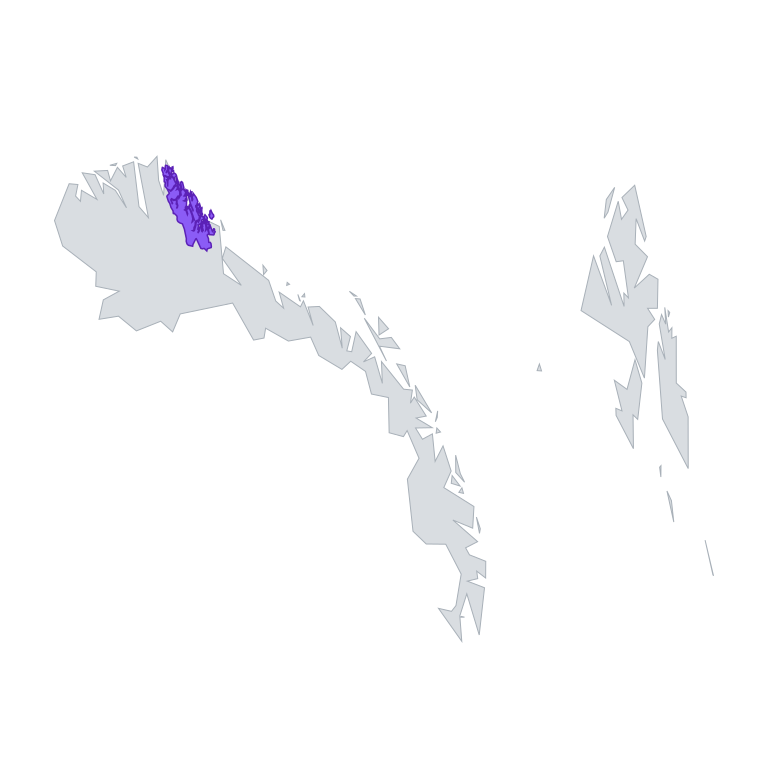 Møre og Romsdal on a map of Norway (Robinson projection), rotated 80°
{"feature_id": "NOR-910", "entity_name": "Møre og Romsdal", "entity_type": "County", "adm_level": 1, "iso_a3": "NOR", "parent_name": "Norway", "parent_adm1": "", "projection": "robinson", "projection_center": [7.305, 62.718], "detail": "fine", "context": "in_parent", "style": "filled", "palette": "violet", "viewbox_px": 768, "rotation_deg": 80, "n_neighbors": 0, "source": "natural_earth", "source_scale": "10m", "svg_char_len": 9852}
<svg xmlns="http://www.w3.org/2000/svg" viewBox="0 0 768 768"><g transform="rotate(80 384 384)"><path d="M463.2,362.4L433.9,369.3L439.2,374.0L432.9,387.4L398.1,382.0L391.7,398.1L368.4,400.0L355.8,412.8L362.3,422.9L344.6,443.3L325.1,448.1L325.1,470.7L308.5,490.9L317.9,494.2L318.1,504.8L278.0,519.0L279.6,572.5L296.0,583.1L283.4,593.0L288.7,618.6L271.1,633.7L270.8,653.4L252.4,645.8L246.6,628.6L237.7,650.9L223.6,647.9L192.3,676.5L165.8,680.1L132.1,659.3L134.4,650.8L145.4,655.1L151.4,651.2L140.7,648.3L152.4,634.6L123.6,644.5L127.7,632.2L148.2,627.0L137.3,625.7L146.6,615.0L165.8,607.0L146.9,611.8L124.1,632.3L125.7,619.1L136.5,618.1L124.3,608.9L135.8,602.0L123.9,603.5L121.7,592.0L166.8,594.5L179.3,587.1L124.0,587.8L129.2,579.3L120.4,568.0L144.3,570.6L160.0,568.3L125.2,560.0L189.9,543.7L160.2,544.0L178.5,533.2L201.4,540.4L191.2,531.4L200.2,518.9L247.5,522.9L262.1,507.4L232.2,521.4L221.5,515.9L261.9,479.6L283.5,476.2L291.9,469.7L275.3,471.3L293.5,452.9L288.1,448.9L314.1,443.6L295.0,445.4L296.4,434.2L314.4,421.2L341.5,418.9L321.1,417.0L331.4,408.8L344.9,414.9L346.6,410.2L327.6,402.4L351.7,390.9L358.7,400.4L355.6,388.5L383.1,385.5L361.5,382.6L392.5,365.6L394.9,357.1L407.5,361.3L402.1,356.5L422.9,348.0L423.1,358.3L435.4,344.1L432.8,360.6L445.1,355.7L441.5,345.0L469.1,347.1L455.2,336.6L481.4,333.0L496.4,343.1L520.3,316.7L541.4,321.7L529.9,339.8L555.5,319.2L559.5,332.1L567.1,329.5L576.3,314.6L592.7,317.6L584.4,325.2L591.9,325.5L592.6,336.2L602.1,320.4L647.7,333.8L605.0,338.9L625.5,349.6L650.9,352.1L614.4,369.3L619.6,357.0L614.7,351.6L584.6,341.0L552.5,351.0L548.9,370.2L534.1,381.0L481.8,377.5L463.2,362.4ZM328.4,96.0L356.9,101.6L355.2,111.3L367.4,106.2L373.4,114.2L423.4,126.5L384.8,135.0L345.9,177.2L294.2,155.4L346.1,146.2L295.4,149.2L287.5,143.2L349.3,134.1L336.1,132.0L341.6,128.3L304.2,126.9L303.9,134.1L277.6,138.3L244.7,121.6L263.1,121.5L255.1,113.5L241.7,117.3L231.8,102.6L284.3,100.2L288.5,102.5L264.9,107.0L289.9,112.4L304.4,102.4L333.0,120.9L322.0,103.7L328.4,96.0ZM387.7,87.9L433.8,96.0L444.4,88.0L450.0,88.9L447.5,93.4L469.1,90.2L520.1,99.1L466.8,115.8L398.2,108.9L389.8,106.5L408.7,102.8L372.6,102.5L363.8,98.6L374.0,96.2L357.3,94.2L382.2,94.7L378.6,90.7L388.9,92.6L387.7,87.9ZM427.9,129.9L462.9,140.3L457.6,144.1L491.0,149.6L455.2,160.9L448.2,159.9L451.8,154.3L420.3,156.5L431.5,145.6L403.7,132.6L427.9,129.9ZM346.0,381.9L361.8,377.6L315.8,392.0L338.8,380.4L339.4,368.7L352.1,362.4L346.0,381.9ZM369.7,360.0L391.4,359.1L366.4,368.0L369.7,360.0ZM390.6,353.5L420.7,342.1L405.3,354.1L390.6,353.5ZM230.4,122.7L253.6,133.6L259.0,138.4L240.9,133.0L230.4,122.7ZM330.4,369.9L334.9,380.4L317.3,377.8L330.4,369.9ZM494.7,321.7L483.6,328.7L466.5,325.8L485.6,324.4L494.7,321.7ZM497.7,326.8L493.5,335.0L486.0,332.8L497.7,326.8ZM296.1,392.8L312.8,390.4L294.9,397.3L296.1,392.8ZM629.0,93.2L593.5,94.9L630.1,92.8L629.0,93.2ZM548.8,121.2L570.3,122.6L538.5,123.9L548.8,121.2ZM531.1,316.1L543.3,314.3L547.7,315.9L531.1,316.1ZM505.5,324.7L503.7,329.1L499.8,325.3L505.5,324.7ZM441.1,336.7L441.5,341.2L436.5,339.6L441.1,336.7ZM398.5,226.6L397.4,230.9L391.3,227.5L398.5,226.6ZM523.7,127.5L513.8,127.0L512.5,125.4L523.7,127.5ZM251.9,479.5L255.4,483.6L246.0,482.6L251.9,479.5ZM419.8,335.8L426.2,337.4L430.1,340.0L419.8,335.8ZM363.2,90.2L367.5,92.3L361.1,91.5L363.2,90.2ZM204.7,515.9L193.9,516.4L205.1,514.0L204.7,515.9ZM189.3,522.6L185.3,526.0L183.5,524.2L189.3,522.6ZM292.2,398.3L286.7,402.0L292.6,395.8L292.2,398.3ZM122.3,610.5L121.0,616.0L120.3,608.9L122.3,610.5ZM283.8,449.7L281.2,446.6L284.6,446.8L283.8,449.7ZM627.6,345.2L626.9,349.0L626.3,348.3L627.6,345.2ZM286.9,452.7L280.8,453.3L288.1,451.9L286.9,452.7ZM269.4,459.7L270.0,462.7L267.1,461.7L269.4,459.7ZM119.7,587.4L117.1,590.7L117.7,588.0L119.7,587.4Z" fill="#d9dde1" stroke="#a8b0b8" stroke-width="1"/><path d="M132.2,564.4L132.9,563.8L133.8,562.3L135.0,562.6L134.5,562.0L131.3,561.5L130.7,561.0L131.3,559.5L132.1,559.1L135.7,559.9L136.1,560.1L136.6,561.1L138.5,562.0L136.7,560.5L136.7,559.7L139.3,559.4L140.9,558.7L142.0,559.1L142.4,559.9L142.3,561.1L142.0,561.9L140.8,563.1L140.6,564.0L142.6,562.1L143.0,560.6L145.0,561.7L145.2,562.1L145.1,562.6L146.8,562.2L148.6,562.2L152.1,562.8L146.0,561.5L143.7,559.3L142.3,558.6L142.7,558.0L144.4,558.7L145.5,558.7L143.9,558.3L142.9,557.6L143.6,556.6L144.7,555.8L150.9,553.9L152.7,556.6L154.1,557.5L156.1,559.7L156.2,560.6L155.7,561.5L157.0,560.7L156.8,560.0L154.9,557.3L153.2,555.7L152.6,554.2L152.9,553.5L155.1,553.2L156.5,554.4L156.3,553.2L156.0,552.8L159.2,551.7L163.3,552.6L163.2,554.4L165.5,556.5L166.0,557.3L166.1,559.0L164.6,561.1L165.7,562.0L169.0,561.2L170.1,561.6L169.3,560.8L166.6,561.7L165.5,561.3L165.4,560.9L166.8,559.3L166.6,557.1L166.8,556.8L168.5,556.6L170.6,557.4L172.1,556.5L172.8,556.5L175.1,557.9L174.2,556.8L172.4,556.1L169.5,556.4L166.5,555.9L165.0,555.3L164.1,554.0L165.5,553.8L162.7,551.6L160.7,551.3L161.4,550.9L159.2,550.9L154.7,552.3L152.8,552.4L150.8,551.5L149.4,551.7L149.0,551.5L151.5,551.1L154.1,550.2L158.9,550.5L157.6,549.7L154.5,549.9L156.5,549.5L155.8,549.2L149.9,549.5L150.1,548.7L149.6,548.2L150.5,547.4L155.9,547.0L156.9,547.5L157.5,548.6L157.7,546.9L158.3,547.2L160.7,545.9L163.4,547.4L163.8,548.1L164.2,548.2L164.0,547.4L164.4,546.8L163.5,546.2L164.5,545.9L168.0,546.0L167.5,546.6L166.8,546.8L167.1,547.2L168.1,547.1L168.8,549.3L169.4,548.2L168.9,547.5L169.4,546.6L174.0,547.6L175.4,548.9L177.3,549.1L177.9,550.2L178.3,549.8L178.5,548.9L183.0,548.2L182.3,547.8L177.0,548.4L175.2,547.5L175.1,546.5L175.7,546.2L176.4,546.3L176.9,546.9L176.9,547.8L177.4,547.9L177.6,547.1L177.1,546.0L177.4,545.3L179.5,544.6L184.3,543.7L188.2,543.6L191.1,544.8L190.7,544.1L189.2,543.5L188.8,542.9L189.4,542.3L180.1,543.8L176.7,545.0L174.4,544.9L173.9,544.6L174.8,544.2L174.0,543.6L176.3,542.7L180.9,541.9L179.3,541.8L172.8,543.3L165.4,543.9L164.9,543.6L165.4,543.6L165.6,543.1L165.1,542.6L165.2,542.2L166.2,541.3L167.3,541.0L170.7,541.3L168.9,540.3L166.4,540.5L165.1,539.3L164.9,538.7L163.4,538.6L167.7,536.5L171.9,535.6L175.2,537.4L175.6,538.4L176.9,538.6L180.6,536.6L183.0,536.8L182.3,537.7L180.6,538.4L181.1,538.5L184.1,537.5L185.6,537.3L186.5,536.7L187.2,536.7L189.7,537.6L190.3,538.4L190.5,539.8L191.2,541.3L192.0,541.8L194.8,542.4L196.9,543.9L199.0,544.4L199.6,544.9L199.7,545.8L200.2,545.1L200.2,544.5L199.7,544.0L195.0,541.7L193.2,541.3L191.8,540.4L191.6,540.1L191.5,539.1L192.4,538.6L191.6,538.3L191.0,537.4L187.8,535.8L187.4,535.2L186.5,535.4L187.1,535.8L185.1,535.7L186.7,534.7L187.7,533.4L189.7,532.9L190.7,533.7L190.6,534.6L191.3,535.3L193.2,535.8L194.0,536.5L195.0,536.8L195.2,537.2L194.5,537.6L195.1,538.5L195.0,539.4L196.3,539.2L198.4,540.2L199.2,540.5L199.5,540.2L199.2,539.7L197.1,539.0L197.6,539.0L200.3,539.6L201.6,540.5L203.1,541.1L201.3,539.5L198.3,538.7L196.8,537.2L201.8,537.0L202.3,536.6L201.7,536.3L199.7,536.6L199.1,536.3L200.5,535.4L199.8,535.4L198.4,536.2L195.9,536.8L194.7,536.0L198.0,535.4L197.3,535.1L193.0,535.3L192.6,535.1L192.8,534.2L191.4,532.7L192.5,532.2L194.1,533.3L194.0,533.9L194.9,533.5L194.7,532.9L192.9,531.7L199.6,532.2L201.7,532.9L201.3,532.4L200.3,531.9L200.1,531.4L201.0,530.9L206.2,530.2L205.2,530.6L206.2,531.4L206.4,532.1L207.3,532.3L210.3,531.6L214.0,532.0L214.2,531.8L214.3,530.6L215.5,530.0L218.5,530.1L219.6,530.5L220.2,534.5L222.2,535.4L219.4,537.4L219.2,537.8L219.4,539.2L218.7,540.8L208.3,543.6L208.4,544.2L213.4,547.9L215.1,548.5L213.4,552.6L211.8,553.7L209.1,554.0L206.5,553.4L196.8,553.7L191.3,554.7L189.8,557.2L188.4,558.6L187.3,559.1L185.8,559.2L183.7,558.7L182.3,558.9L179.4,561.1L179.6,561.8L179.4,561.9L176.9,561.7L173.2,563.1L169.0,563.6L166.7,564.6L161.7,565.3L160.8,564.8L159.5,562.9L158.7,562.3L153.9,563.8L151.5,565.2L149.9,565.1L148.2,564.3L147.2,564.5L146.7,565.3L146.3,565.3L142.4,564.6L139.7,565.2L138.0,564.9L134.6,565.6L132.2,564.7L132.2,564.4ZM206.6,530.0L201.0,530.2L200.2,528.8L198.1,527.6L203.7,526.5L204.3,526.1L202.8,525.8L202.4,525.2L201.6,524.8L201.7,524.3L202.3,524.0L203.3,524.4L204.8,523.8L205.8,524.7L207.4,525.5L207.6,525.9L206.6,530.0ZM185.9,526.2L187.7,526.2L183.5,525.4L183.1,525.1L183.2,524.5L182.9,524.3L186.1,523.5L187.8,522.5L189.2,522.5L189.9,522.8L190.4,523.9L191.5,524.4L191.7,524.9L190.7,526.0L189.6,526.6L187.2,527.0L187.2,526.7L185.9,526.2ZM180.0,534.5L181.4,535.8L179.6,536.3L177.5,537.6L176.7,537.6L176.2,537.0L174.6,536.6L174.0,536.1L175.5,535.4L175.1,535.0L175.5,534.7L174.8,534.3L176.7,534.1L176.4,534.5L177.5,534.7L178.3,535.4L178.5,534.8L178.3,534.6L179.2,533.8L178.8,532.7L180.1,532.9L180.0,534.5ZM143.4,552.7L144.1,554.1L145.8,554.8L144.9,555.0L141.3,557.3L139.9,557.6L140.8,556.6L140.4,556.4L140.6,555.6L139.8,554.2L140.1,553.6L141.1,552.7L142.3,552.3L143.4,552.7ZM138.3,556.6L139.7,556.6L139.8,557.0L139.4,557.4L139.6,557.9L139.5,558.4L137.5,559.1L134.1,559.1L133.1,558.1L135.4,558.1L133.5,557.6L134.4,557.1L134.1,556.8L134.5,556.2L137.4,556.0L138.3,556.6ZM197.0,527.8L200.2,530.3L200.0,530.9L195.9,531.3L193.5,529.4L193.7,528.4L194.0,528.1L194.8,528.6L195.4,528.4L196.4,529.5L196.6,529.2L196.5,528.3L197.0,527.8ZM190.2,529.2L191.1,530.0L191.9,531.5L188.2,532.1L187.3,531.9L186.2,530.9L189.4,529.1L190.2,529.2ZM162.8,543.3L163.9,543.7L164.3,544.1L164.1,544.6L158.9,545.8L158.6,545.3L158.3,545.2L159.1,544.6L158.9,544.1L159.1,543.7L159.5,543.6L160.4,543.9L162.8,543.3ZM183.0,533.7L185.3,533.2L185.9,533.7L185.0,534.7L183.2,535.4L180.9,534.5L181.8,533.3L183.0,533.7ZM149.9,552.5L151.1,552.5L151.4,552.8L147.7,553.2L146.1,553.1L144.6,552.1L148.5,551.9L149.9,552.5ZM162.4,540.5L164.4,540.1L164.8,540.5L164.8,541.0L163.4,541.5L163.9,542.0L163.5,542.4L161.0,541.2L161.8,541.1L161.2,540.6L161.4,540.1L162.4,540.5ZM192.9,529.7L194.8,531.1L192.3,531.4L191.3,529.9L191.8,529.6L192.9,529.7ZM136.1,555.5L135.4,555.2L137.1,554.7L137.2,554.2L138.4,554.3L138.1,555.2L136.8,555.1L136.1,555.5ZM135.2,554.9L133.6,555.0L133.4,554.2L134.9,554.3L135.2,554.4L135.2,554.9Z" fill="#8b5cf6" stroke="#5b21b6" stroke-width="1.5"/></g></svg>